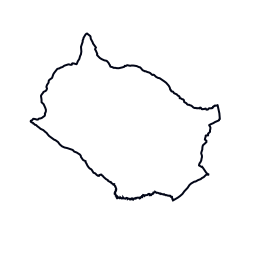 the district of Micfalau, Covasna, Romania, rotated 205°
{"feature_id": "2599482B86222480171428", "entity_name": "Micfalau", "entity_type": "district", "adm_level": 2, "iso_a3": "ROU", "parent_name": "Romania", "parent_adm1": "Covasna", "projection": "natural_earth1", "projection_center": [25.868, 46.051], "detail": "fine", "context": "isolated", "style": "outline", "palette": "ink", "viewbox_px": 256, "rotation_deg": 205, "n_neighbors": 0, "source": "geoboundaries", "source_scale": "gbopen_adm2", "svg_char_len": 5650}
<svg xmlns="http://www.w3.org/2000/svg" viewBox="0 0 256 256"><g transform="rotate(205 128 128)"><path d="M213.8,154.9L214.5,154.4L215.5,152.9L216.3,152.4L217.1,151.5L218.2,146.8L218.4,145.1L218.0,141.5L218.2,140.9L219.5,138.6L219.8,137.6L219.7,136.9L219.3,136.1L219.2,135.4L219.6,132.9L219.4,131.1L219.2,130.6L218.2,129.7L218.0,129.1L218.0,127.7L218.3,126.8L219.8,125.0L219.9,123.8L220.3,122.2L220.5,120.7L220.3,120.1L218.5,117.4L217.2,114.8L214.5,113.9L211.5,111.3L210.1,109.8L209.5,108.4L209.3,106.8L209.5,106.3L209.4,105.9L208.8,104.9L208.7,103.9L208.8,103.4L209.4,102.6L210.1,101.1L211.2,99.8L212.5,99.0L212.9,98.5L213.2,97.6L214.1,97.1L215.7,96.9L217.3,96.5L217.8,96.2L218.1,94.8L218.6,94.0L219.1,93.5L219.0,92.9L218.8,92.7L218.1,92.4L216.0,92.4L215.6,92.0L215.2,92.1L214.4,91.9L213.8,91.6L212.7,91.8L212.3,91.8L211.1,91.3L208.6,90.8L206.9,90.3L203.9,90.3L201.0,89.4L199.8,89.2L197.7,88.1L196.1,87.4L190.0,86.2L188.6,86.3L185.5,85.7L182.9,84.3L180.1,83.5L177.3,83.5L174.7,84.1L169.3,84.7L168.3,84.6L167.2,84.0L166.5,83.9L164.2,84.1L160.4,83.6L159.1,82.9L158.4,81.9L155.7,80.3L155.0,80.0L152.4,80.0L151.8,78.9L150.5,78.2L150.3,77.9L148.8,76.7L147.8,76.2L147.3,75.8L145.5,75.1L144.4,75.1L143.3,74.8L140.4,72.9L138.4,73.0L136.7,72.3L135.0,72.0L134.5,72.2L134.4,72.5L134.1,72.5L134.1,73.3L133.9,73.5L132.9,74.1L132.8,74.4L132.4,74.5L131.9,74.1L130.8,74.0L129.4,73.3L126.4,72.4L124.2,72.2L123.9,71.8L123.6,71.7L121.6,71.5L120.9,71.8L120.6,71.6L120.2,71.5L119.7,71.0L119.4,71.1L117.8,70.8L117.0,71.2L116.9,70.5L116.4,70.6L115.5,70.2L115.2,69.8L114.7,69.7L114.2,68.9L113.9,68.8L112.8,67.7L112.9,66.8L112.5,66.6L112.4,66.4L112.4,65.6L112.7,65.1L112.5,64.9L112.6,64.5L112.3,64.0L112.5,63.6L112.2,63.4L112.3,63.1L111.9,62.9L112.0,62.8L112.0,62.6L111.4,62.5L111.3,62.3L111.5,62.2L111.1,62.2L110.6,61.8L110.4,61.8L110.5,61.6L110.4,61.4L109.9,61.6L109.5,61.5L109.4,61.3L109.0,61.3L108.9,60.7L108.6,60.4L108.8,60.1L108.2,59.7L107.9,59.9L107.2,60.8L106.8,60.9L106.8,61.1L105.7,60.9L105.5,61.4L105.2,61.6L105.3,61.8L104.0,61.5L103.8,61.8L103.4,61.8L103.2,62.2L102.8,62.4L103.0,62.9L102.1,62.4L101.9,62.4L101.5,62.7L100.5,62.8L100.3,63.1L100.2,63.6L99.8,64.0L99.0,63.8L98.8,64.2L98.6,64.2L98.3,63.7L98.2,63.9L97.7,64.1L97.0,64.2L96.9,64.4L96.5,64.6L95.9,64.6L95.7,64.2L95.2,64.5L95.2,65.4L95.1,65.6L94.5,66.0L94.2,65.9L94.0,65.3L93.2,65.2L93.2,66.1L93.1,66.3L92.5,66.5L92.3,66.9L91.8,66.9L91.7,67.4L91.1,67.5L91.1,68.1L90.4,68.4L90.2,68.7L89.4,69.2L88.3,69.4L88.0,69.2L87.9,69.5L87.6,69.4L87.2,69.6L87.4,70.4L87.1,70.5L87.0,71.0L86.7,71.3L86.1,71.4L86.3,71.8L86.1,72.0L86.3,72.3L86.0,72.4L86.1,72.7L86.0,73.7L85.0,73.9L84.6,73.5L84.3,73.4L84.1,74.3L82.3,75.3L81.9,75.8L81.8,76.5L80.7,76.9L80.9,77.2L80.7,77.3L80.3,76.9L79.9,77.1L79.7,77.0L79.6,76.4L78.7,76.9L78.7,77.8L78.3,78.1L78.2,78.4L77.9,78.5L77.8,79.0L77.4,79.2L77.4,79.3L77.7,79.7L77.7,80.3L76.3,81.2L76.4,81.6L74.7,81.3L74.4,81.6L73.4,81.9L72.1,81.9L71.4,82.3L70.8,81.9L70.5,82.3L69.9,82.5L69.2,82.4L68.3,82.7L67.7,82.7L67.4,83.2L66.8,83.0L66.3,83.0L65.5,83.3L65.1,83.1L64.5,83.5L62.9,83.6L62.3,84.1L61.7,84.1L60.9,84.5L60.7,84.4L60.5,83.9L60.3,83.8L59.6,83.7L59.0,84.1L58.5,83.2L57.8,82.8L57.7,82.3L56.6,81.4L53.5,85.8L52.1,88.3L50.8,91.2L50.2,94.4L48.7,98.9L48.2,102.3L47.3,104.4L45.2,107.4L44.1,108.1L42.4,110.5L40.5,112.4L39.9,113.8L38.6,115.5L37.7,118.0L37.1,119.0L35.5,119.6L35.6,120.0L37.4,120.2L38.3,120.6L43.1,123.5L44.3,124.1L44.4,123.8L47.8,124.1L48.1,125.0L48.2,126.3L47.9,127.8L47.9,129.5L48.4,131.4L48.7,133.0L49.4,134.3L50.9,135.9L51.2,136.8L51.6,140.0L52.2,141.4L52.7,143.1L52.7,144.3L51.8,146.3L51.0,148.4L51.6,149.6L53.4,150.0L53.7,150.9L54.0,153.1L54.3,153.7L54.1,154.3L52.4,155.1L52.4,155.5L53.0,156.6L53.0,156.8L52.1,159.0L52.1,159.3L52.8,160.7L52.9,161.6L53.4,163.1L54.2,163.9L55.5,164.7L55.6,165.0L54.6,166.4L52.7,168.5L51.7,170.1L49.2,172.9L48.8,173.5L49.0,174.3L48.6,175.0L51.4,179.9L56.4,186.5L56.6,186.5L56.9,186.0L57.4,185.6L58.7,185.1L58.8,184.4L59.3,184.2L59.6,183.5L59.9,183.2L59.7,182.6L59.9,181.9L60.1,181.6L60.6,181.5L61.0,180.9L62.4,180.4L62.6,180.1L63.1,179.8L63.4,178.6L64.0,178.1L64.7,177.8L65.7,178.4L66.1,178.3L67.2,177.2L68.0,176.9L68.6,176.4L69.2,176.3L70.5,177.1L71.2,177.0L71.5,176.7L71.5,176.0L71.8,175.9L73.0,175.6L73.7,175.0L75.0,174.9L75.6,174.4L76.7,174.2L77.7,174.3L79.1,174.8L80.4,175.0L81.3,174.8L82.3,174.9L83.3,174.4L84.5,174.5L85.5,175.1L88.0,175.3L89.2,176.9L90.0,177.2L91.3,177.0L92.9,177.2L93.7,176.9L94.5,178.1L95.0,178.4L96.7,178.5L98.1,179.1L100.9,179.0L102.5,179.9L103.1,179.9L104.0,179.6L105.5,180.4L105.6,180.8L106.3,181.0L106.9,181.9L107.9,182.8L109.1,183.6L112.5,185.1L114.8,185.6L120.3,186.5L122.0,186.1L124.1,186.2L126.8,187.1L127.6,187.0L128.1,186.5L128.6,186.4L131.2,187.2L132.5,187.2L134.1,186.9L136.0,186.9L136.8,186.5L137.4,186.6L138.6,186.5L139.8,186.8L141.3,187.6L142.9,188.1L143.7,187.8L146.3,187.8L148.8,187.1L150.0,186.7L151.4,186.0L152.3,185.3L155.2,184.6L156.0,183.7L156.2,183.2L157.2,182.9L157.3,181.9L158.7,180.6L161.6,178.3L163.7,177.4L164.5,177.3L166.7,176.4L167.5,176.6L169.8,176.2L170.6,176.8L170.9,177.3L171.6,177.6L173.0,178.7L175.2,179.7L176.1,179.8L178.1,179.3L181.1,179.3L183.2,179.6L186.6,180.9L187.0,181.2L187.2,182.2L189.9,184.6L191.0,185.3L191.2,186.0L191.1,187.4L195.4,189.8L196.2,190.7L199.4,193.1L200.7,195.1L201.2,195.4L205.0,196.3L205.5,195.9L206.0,194.7L206.4,190.8L206.1,189.9L206.1,188.3L205.5,186.9L204.9,181.7L202.6,177.6L201.8,174.9L201.8,172.8L201.3,170.0L201.7,167.2L201.5,164.5L201.8,164.0L204.3,163.6L205.7,163.1L205.9,162.7L205.7,161.7L205.8,161.5L206.8,161.0L208.3,160.7L209.0,160.4L211.9,157.7L212.3,157.2L212.8,156.1L213.8,154.9Z" fill="none" stroke="#020617" stroke-width="2"/></g></svg>